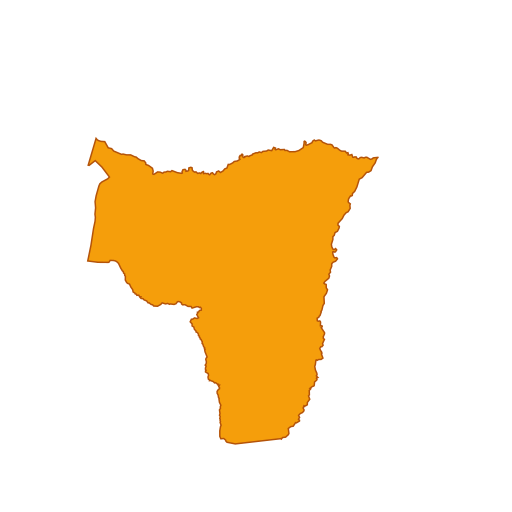 Cuamba, Niassa, Mozambique, rotated 334°
{"feature_id": "85939544B95923837460414", "entity_name": "Cuamba", "entity_type": "district", "adm_level": 2, "iso_a3": "MOZ", "parent_name": "Mozambique", "parent_adm1": "Niassa", "projection": "albers", "projection_center": [36.593, -14.749], "detail": "fine", "context": "isolated", "style": "filled", "palette": "amber", "viewbox_px": 512, "rotation_deg": 334, "n_neighbors": 0, "source": "geoboundaries", "source_scale": "gbopen_adm2", "svg_char_len": 6162}
<svg xmlns="http://www.w3.org/2000/svg" viewBox="0 0 512 512"><g transform="rotate(334 256 256)"><path d="M409.4,221.0L404.4,219.2L402.9,219.6L401.2,219.3L398.9,215.8L397.5,215.2L396.2,215.3L394.2,213.6L392.8,213.2L390.9,213.8L390.0,213.1L389.5,212.3L389.5,210.9L388.2,210.2L386.9,210.1L386.3,209.6L386.6,206.8L384.5,206.5L383.0,205.3L383.7,204.6L383.9,203.4L382.6,203.1L382.1,200.9L378.9,199.3L377.6,197.6L376.4,194.8L375.3,193.6L374.1,193.5L373.6,192.8L373.0,189.4L371.9,188.3L369.3,187.0L365.7,182.9L365.2,181.1L364.0,179.8L363.0,179.2L359.9,178.6L359.2,177.3L357.3,177.6L356.0,178.7L351.6,178.8L349.8,178.5L349.4,177.8L350.7,176.2L350.6,174.8L349.9,174.0L349.4,174.2L348.7,175.7L346.0,179.3L340.8,180.0L336.9,179.4L331.8,177.0L330.2,174.7L328.3,173.8L328.2,172.7L324.4,171.1L323.2,169.5L320.3,169.2L319.9,168.4L320.8,167.5L319.5,166.1L316.3,168.2L313.4,166.1L311.5,166.3L308.1,165.0L306.2,165.4L304.5,163.9L302.7,164.0L301.2,163.2L297.6,162.9L296.8,163.5L294.6,163.2L293.3,163.5L292.1,162.3L289.5,161.7L289.3,162.2L288.3,162.3L287.6,161.2L288.5,159.2L288.1,158.3L287.5,158.5L287.3,159.3L286.3,159.3L285.9,158.7L284.7,159.3L284.3,160.3L283.8,160.5L284.0,162.0L283.5,162.1L280.8,162.4L277.9,161.5L275.9,162.1L272.5,162.2L271.2,161.5L268.4,164.2L266.1,164.0L263.7,165.1L260.7,165.4L259.7,163.2L257.4,163.1L256.0,164.5L254.5,164.8L253.7,163.7L253.4,162.1L252.0,161.8L250.0,162.7L249.3,161.9L249.1,160.8L247.6,160.3L246.6,159.4L245.0,159.0L245.0,158.3L245.8,157.4L245.7,157.0L243.5,157.1L242.5,157.7L241.5,156.5L239.8,156.2L238.9,154.0L237.8,153.9L236.9,152.6L236.4,151.1L237.2,148.6L236.3,147.7L234.3,147.4L232.9,149.6L231.8,149.7L230.2,149.2L230.6,148.3L230.2,147.0L228.2,146.4L226.5,147.8L226.1,149.1L225.2,149.0L221.8,146.6L217.9,142.4L216.2,142.8L213.5,141.0L211.8,141.0L210.1,140.3L208.4,140.7L206.6,138.6L204.4,137.3L200.1,137.9L199.3,137.3L199.3,136.7L200.8,134.6L201.4,131.7L199.1,127.5L197.1,125.4L197.7,124.0L197.2,121.5L194.7,119.9L192.6,116.8L191.7,114.6L190.3,113.5L187.7,110.2L183.9,108.3L181.2,106.1L179.7,105.7L174.1,99.3L173.3,96.2L170.6,94.0L170.2,86.9L166.9,85.0L165.2,83.4L164.3,82.1L163.8,80.2L145.0,100.8L145.7,101.4L153.3,99.8L156.5,108.5L158.9,120.8L156.6,121.6L149.9,121.9L147.4,122.6L145.5,124.2L138.8,131.7L135.2,136.6L132.9,142.5L129.6,147.8L128.6,150.8L126.6,154.2L122.0,160.1L112.3,174.1L102.6,186.7L111.1,192.3L120.5,197.0L121.5,197.0L123.0,196.0L126.0,197.6L127.5,198.8L128.5,200.4L129.2,202.4L129.1,207.5L129.4,210.9L129.9,211.7L129.5,213.3L130.1,214.4L129.5,215.9L129.7,217.0L128.0,220.3L128.1,222.9L128.5,224.2L130.0,225.8L129.9,229.1L130.4,232.1L129.8,234.5L130.9,236.2L130.8,237.1L131.7,237.8L131.7,239.1L133.5,239.9L133.5,241.7L134.6,242.2L133.8,242.8L134.1,243.8L135.8,244.9L136.1,246.3L138.0,248.4L138.5,250.9L139.4,251.2L140.5,253.6L141.7,254.5L142.1,256.1L145.5,258.0L149.1,257.8L151.1,257.0L153.7,259.4L155.8,259.9L157.1,261.5L158.1,261.6L161.1,263.6L163.2,263.8L165.3,262.7L166.1,262.8L167.6,263.9L168.5,265.5L168.1,266.3L168.5,267.6L170.9,268.7L172.8,271.5L175.5,272.9L175.7,274.8L180.3,275.5L182.1,276.4L182.5,277.5L183.6,277.7L183.9,279.2L183.1,280.7L181.3,280.2L179.9,281.1L178.7,280.9L178.6,281.7L177.1,282.7L177.3,286.3L175.6,286.3L173.6,284.7L171.3,285.0L170.2,284.5L168.0,286.3L168.8,289.0L167.9,290.9L169.0,292.6L168.5,294.8L169.2,297.2L168.8,298.0L169.8,299.2L170.0,300.8L169.4,302.3L170.0,303.2L169.5,304.3L169.9,305.4L169.5,306.1L170.1,307.0L169.9,308.2L170.2,309.3L169.2,311.1L169.6,311.7L169.2,314.5L169.6,316.1L169.1,316.4L169.3,317.5L168.8,317.6L168.2,319.8L167.8,325.3L166.2,326.1L165.5,327.0L165.1,329.1L164.2,330.8L162.5,331.8L162.9,333.1L161.4,334.6L160.8,336.0L161.1,336.8L160.2,337.2L159.8,338.1L161.5,340.7L161.0,342.5L159.8,343.7L159.2,345.9L160.0,346.9L159.6,347.6L160.2,347.7L162.6,350.2L163.1,351.9L164.2,352.2L165.0,353.9L165.9,354.7L165.2,355.1L165.5,355.7L166.5,356.1L165.2,357.0L165.5,358.4L164.9,359.4L163.8,359.4L161.7,360.6L160.9,362.4L161.0,364.3L160.2,367.0L160.5,367.8L160.0,368.4L159.0,371.5L159.0,374.7L157.7,376.0L157.3,377.3L155.7,378.3L154.5,382.0L153.4,383.1L153.5,384.5L152.1,386.4L152.3,387.1L151.6,388.1L151.5,389.2L150.8,389.8L150.4,392.8L149.2,393.9L146.8,397.3L144.4,402.3L144.3,404.9L147.0,405.9L148.0,408.2L147.8,409.3L148.3,410.7L155.0,415.8L198.1,431.0L198.5,431.7L200.2,430.8L203.2,431.8L206.8,430.7L207.8,429.9L209.4,425.2L212.4,424.6L214.9,425.3L218.5,423.1L219.1,423.7L222.7,423.4L223.1,422.7L222.6,421.3L224.4,420.2L224.4,417.9L226.7,417.0L228.9,417.1L230.7,416.5L231.7,415.5L231.7,413.3L233.4,411.7L233.8,412.6L234.6,412.1L235.4,412.4L236.9,412.2L238.0,410.1L241.5,408.3L241.9,404.7L243.1,404.2L244.9,400.2L246.9,399.4L246.4,398.6L249.4,398.0L251.0,398.2L251.7,397.7L253.4,394.9L256.1,394.2L256.9,393.4L256.7,392.4L257.4,391.9L258.3,392.2L257.7,390.2L258.8,389.5L259.3,388.0L259.4,384.7L260.4,380.9L261.6,379.8L264.2,375.9L264.7,375.8L265.3,376.6L266.9,376.5L269.2,377.5L271.4,377.1L271.8,373.1L272.6,372.3L272.3,371.8L272.8,371.5L272.9,370.4L272.6,369.9L272.7,367.1L274.3,366.0L275.4,366.4L277.2,365.6L277.4,363.9L281.0,360.9L280.4,359.7L281.0,358.1L283.5,356.0L284.0,354.9L283.2,349.0L284.5,348.6L284.7,347.7L283.3,346.9L285.0,343.8L285.1,342.9L284.8,342.3L283.4,341.9L282.7,341.0L283.7,338.7L285.6,338.6L286.4,337.8L287.4,337.6L290.1,334.9L290.1,334.4L291.6,333.4L294.4,329.9L296.6,328.5L299.2,322.4L302.9,320.4L305.5,317.7L305.2,315.4L306.6,312.3L305.4,311.1L305.1,310.1L306.8,309.1L311.7,307.9L313.3,306.2L313.5,304.3L315.9,303.2L316.5,301.1L319.5,298.5L320.7,296.1L322.6,295.4L325.2,295.6L328.0,294.3L327.8,292.8L326.0,292.2L325.6,291.0L325.9,288.0L326.7,286.0L327.3,285.9L328.3,286.9L329.2,287.1L331.2,285.9L330.8,284.2L329.4,284.5L328.2,283.8L328.1,281.0L328.9,278.5L332.3,274.9L333.6,272.3L335.4,271.7L337.3,269.6L340.0,269.5L342.9,267.3L343.9,265.9L343.2,264.2L344.1,262.5L349.9,260.2L352.9,257.9L356.0,256.6L358.2,256.6L361.5,254.5L362.6,251.6L363.6,250.5L362.6,248.4L362.7,247.4L364.3,245.2L367.3,243.4L368.1,243.9L369.1,243.8L370.1,242.1L373.0,241.2L376.9,238.2L382.5,232.2L385.7,232.1L392.1,229.3L394.0,230.0L396.8,229.7L399.7,226.9L404.0,224.5L406.4,222.1L408.3,220.9L409.4,221.0Z" fill="#f59e0b" stroke="#b45309" stroke-width="1.5"/></g></svg>